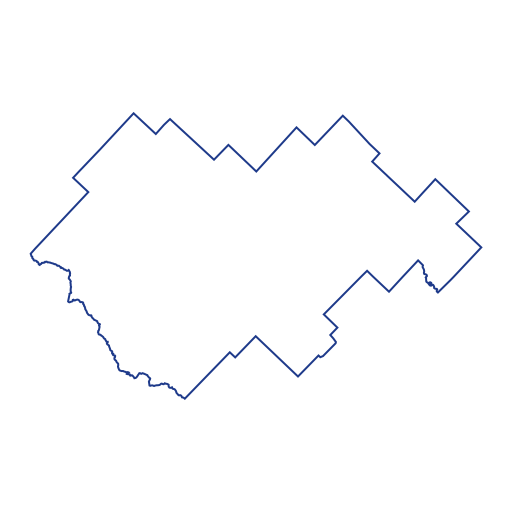 outline of Chacabuco, Buenos Aires, Argentina
{"feature_id": "61730980B66564977593672", "entity_name": "Chacabuco", "entity_type": "district", "adm_level": 2, "iso_a3": "ARG", "parent_name": "Argentina", "parent_adm1": "Buenos Aires", "projection": "orthographic", "projection_center": [-60.523, -34.634], "detail": "fine", "context": "isolated", "style": "outline", "palette": "blue", "viewbox_px": 512, "rotation_deg": 0, "n_neighbors": 0, "source": "geoboundaries", "source_scale": "gbopen_adm2", "svg_char_len": 5876}
<svg xmlns="http://www.w3.org/2000/svg" viewBox="0 0 512 512"><path d="M73.1,177.8L88.3,192.1L35.1,248.7L30.7,253.7L30.8,254.0L30.9,254.5L31.1,254.8L31.2,255.1L31.3,255.8L31.6,256.1L31.6,256.3L32.3,256.9L32.3,257.3L32.3,257.9L32.4,258.2L32.7,258.4L32.9,258.7L33.2,258.9L33.5,259.3L33.5,259.7L34.1,260.5L34.4,260.6L35.2,260.6L35.6,260.6L36.1,260.8L36.5,261.0L36.9,261.3L37.0,261.6L37.1,262.0L38.0,262.2L38.5,263.2L38.6,263.6L38.7,264.1L39.1,264.2L39.4,264.9L39.7,265.0L40.0,264.6L40.0,264.3L41.2,263.9L41.5,263.4L41.8,262.9L42.1,262.8L42.8,262.9L43.4,262.8L43.7,262.6L44.1,262.5L44.5,262.6L44.8,262.4L45.0,261.9L45.4,261.9L46.1,261.7L46.8,261.7L47.2,262.1L47.8,262.4L48.7,262.3L49.8,262.6L50.3,262.6L51.1,263.0L52.3,263.3L52.9,263.5L53.4,263.6L53.8,263.8L54.0,264.0L54.5,264.2L54.9,264.1L55.4,264.2L55.9,264.5L56.7,264.9L57.0,265.5L57.5,265.8L58.5,265.7L59.0,265.8L59.3,266.1L59.8,266.6L60.3,266.9L60.9,267.1L61.2,267.4L61.1,267.5L61.0,267.9L61.4,268.0L62.2,268.0L63.5,268.7L63.7,269.0L64.0,269.4L64.2,269.6L65.2,269.7L66.9,270.8L67.8,270.7L68.3,270.5L68.4,270.3L68.7,270.0L68.9,270.2L69.0,270.5L69.5,271.4L69.9,272.1L69.9,272.6L70.0,272.8L69.9,273.2L69.9,273.5L70.1,273.8L69.9,274.3L69.9,274.8L70.0,275.3L70.0,275.6L69.5,275.9L69.2,276.3L68.8,277.8L68.8,278.6L69.8,279.6L70.0,280.0L70.4,280.6L70.8,281.3L70.6,282.1L70.4,282.7L70.6,283.5L70.7,284.2L70.7,284.8L70.7,285.5L71.1,287.0L70.9,287.6L70.7,288.1L70.8,288.5L70.7,289.3L70.6,289.8L70.7,290.1L70.6,290.9L70.9,292.0L71.1,292.3L71.2,292.7L71.1,292.9L70.8,293.0L70.5,293.2L70.3,293.2L70.1,293.3L69.9,293.5L69.5,293.8L69.6,294.0L68.1,301.4L68.4,301.8L68.8,302.1L69.4,302.3L69.9,302.2L70.8,301.8L71.4,301.6L72.0,301.5L72.4,301.2L72.9,300.8L73.0,300.6L72.9,299.9L73.5,299.7L73.9,300.0L74.8,300.5L76.3,299.8L77.7,299.6L78.7,300.0L79.4,300.8L79.7,301.3L79.9,301.7L80.2,302.0L80.8,302.2L81.7,302.0L82.3,302.2L82.9,302.4L83.2,302.9L83.1,303.8L83.4,304.3L83.8,304.5L84.0,305.2L84.1,306.0L84.6,306.4L84.8,306.9L84.9,307.6L85.2,308.2L85.2,308.6L85.2,308.9L85.4,309.4L85.7,309.8L85.9,310.3L86.4,311.0L86.7,311.4L86.8,312.2L87.1,312.9L87.5,313.5L88.1,314.2L88.2,314.5L88.4,314.7L88.9,315.0L89.3,315.2L90.1,315.3L90.7,315.3L91.2,315.3L91.4,315.5L91.3,316.2L92.4,317.9L92.8,318.3L93.3,318.6L93.6,319.1L94.0,319.7L94.4,319.9L95.0,320.1L97.2,321.2L97.3,321.7L97.5,322.3L97.9,323.0L98.7,323.7L99.8,324.1L99.9,324.5L99.5,325.0L99.1,325.2L99.0,325.7L99.4,326.3L99.6,326.9L99.3,328.0L99.2,328.9L99.0,329.5L98.8,330.3L98.6,330.7L98.2,331.0L98.2,331.8L98.0,332.2L98.3,332.8L98.7,334.2L99.2,334.6L99.6,334.7L100.3,334.7L100.8,335.0L101.1,335.5L101.7,335.8L102.1,336.1L103.2,337.0L103.8,338.1L104.1,338.5L105.2,339.1L105.4,339.8L105.6,340.2L106.0,340.8L106.4,341.6L106.7,341.9L107.2,341.8L107.7,341.8L107.7,342.5L107.2,343.1L106.9,343.7L107.4,344.4L107.8,344.7L108.3,345.0L109.0,345.5L109.1,346.4L109.8,348.2L109.9,348.4L110.1,349.0L110.2,349.8L110.4,350.2L110.9,350.6L111.6,350.9L112.1,351.3L112.3,352.0L112.0,352.8L112.1,353.4L112.7,353.5L113.2,353.8L112.9,354.5L113.2,355.2L113.9,355.4L114.7,355.4L115.2,356.0L115.1,356.4L114.9,357.4L114.6,357.6L114.4,358.0L114.4,358.7L114.5,359.2L114.9,359.8L115.4,360.1L116.2,360.9L116.3,361.5L116.8,362.3L117.2,362.7L118.1,363.6L118.2,364.0L118.2,364.8L118.2,365.7L118.0,366.2L118.0,366.9L118.3,367.5L118.4,368.1L118.7,368.7L119.1,369.7L119.7,370.4L120.3,370.6L121.3,371.0L121.9,371.1L122.6,371.0L123.4,371.1L124.2,371.6L124.9,371.7L125.6,371.9L125.9,372.1L126.1,372.4L126.8,372.2L127.4,372.1L128.1,372.2L128.7,372.5L128.1,373.1L127.3,373.5L127.0,374.0L127.9,374.2L128.4,374.2L129.0,374.4L129.7,374.3L130.1,374.8L130.1,375.5L130.8,375.7L131.5,375.3L132.3,375.4L133.5,376.7L134.0,377.4L134.4,378.2L135.5,378.0L136.3,377.5L136.7,377.0L137.3,376.3L137.8,375.4L138.9,373.9L139.2,373.3L139.9,373.1L140.6,373.6L141.4,373.8L142.4,373.2L142.9,373.4L143.7,373.5L144.2,373.9L145.2,374.2L146.6,374.9L147.3,375.1L147.5,375.7L148.5,376.9L148.9,377.5L149.8,378.0L150.2,378.6L149.9,379.6L149.4,380.4L148.9,381.8L149.1,382.6L149.1,382.9L149.3,384.0L149.4,384.9L149.5,385.5L150.2,385.8L151.0,385.5L152.2,385.4L152.7,385.4L153.5,385.8L154.1,386.0L154.7,385.7L156.4,385.3L158.6,385.2L159.4,385.0L160.3,384.5L161.0,383.8L161.8,383.6L162.8,384.1L163.7,384.2L164.8,383.3L165.1,383.6L167.1,383.9L167.8,384.2L168.6,384.7L168.6,385.9L168.7,386.6L169.4,387.6L170.2,387.8L171.1,387.8L172.0,387.3L172.2,387.7L172.6,388.6L173.1,388.9L173.7,389.0L174.3,389.1L175.0,389.6L175.4,390.2L176.1,391.3L176.4,392.7L177.5,394.0L178.1,394.6L178.4,395.1L179.1,395.4L180.0,395.1L180.6,395.3L181.2,395.7L181.5,396.1L181.8,397.0L182.1,397.4L182.8,397.4L183.9,397.9L184.8,398.7L229.8,352.3L235.2,357.4L255.7,336.2L298.0,376.5L318.5,355.5L320.3,357.2L323.0,356.1L335.6,343.3L335.9,342.0L333.3,338.4L330.3,335.0L337.4,327.6L323.8,314.4L361.5,276.3L367.1,270.8L372.8,276.4L389.0,291.7L402.9,276.6L418.1,260.4L422.9,265.2L423.0,265.5L422.7,266.2L422.6,267.0L422.9,267.7L423.4,268.5L423.6,269.0L423.9,269.5L424.0,270.1L424.1,270.7L424.2,271.3L423.9,272.9L424.1,273.6L424.3,274.0L425.7,274.3L426.4,274.7L426.8,275.2L426.9,276.0L426.8,276.3L426.3,276.6L425.7,277.5L426.1,278.1L426.1,278.8L426.1,279.5L426.2,280.2L426.2,280.7L426.3,281.5L426.6,282.0L427.4,282.5L428.1,283.1L429.0,282.8L429.6,282.4L430.3,282.3L431.2,282.8L431.4,283.5L430.8,284.2L429.3,284.7L429.7,285.2L430.3,285.6L431.3,285.6L432.0,285.2L432.4,284.9L433.1,284.9L433.4,285.2L434.1,286.5L434.1,287.4L434.2,288.1L434.8,288.5L435.2,288.7L435.9,288.8L436.8,288.9L437.2,289.4L437.0,289.9L436.9,290.0L436.7,291.1L436.8,291.4L437.4,292.1L437.9,292.5L450.3,280.3L453.7,276.8L481.3,247.4L456.3,223.7L468.9,211.5L435.3,179.2L421.9,193.8L414.7,201.7L372.2,161.6L379.5,153.4L369.5,143.9L348.8,121.5L342.8,115.7L314.8,145.0L296.5,127.4L256.3,171.5L228.4,144.9L214.0,159.7L170.0,119.1L164.1,124.7L155.8,134.0L133.6,113.3L99.7,149.8L78.7,171.8L73.1,177.8Z" fill="none" stroke="#1e3a8a" stroke-width="2"/></svg>